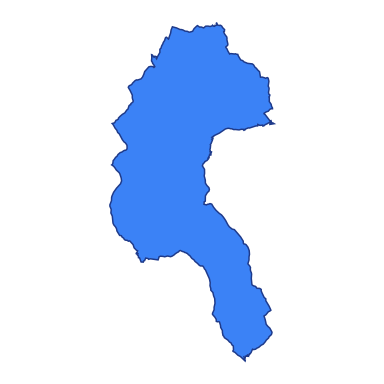 the district of Rozavlea, Maramures, Romania, rotated 270°
{"feature_id": "2599482B19056490383889", "entity_name": "Rozavlea", "entity_type": "district", "adm_level": 2, "iso_a3": "ROU", "parent_name": "Romania", "parent_adm1": "Maramures", "projection": "natural_earth1", "projection_center": [24.205, 47.737], "detail": "fine", "context": "isolated", "style": "filled", "palette": "blue", "viewbox_px": 384, "rotation_deg": 270, "n_neighbors": 0, "source": "geoboundaries", "source_scale": "gbopen_adm2", "svg_char_len": 6043}
<svg xmlns="http://www.w3.org/2000/svg" viewBox="0 0 384 384"><g transform="rotate(270 192 192)"><path d="M73.8,270.9L77.8,269.1L83.3,265.8L85.2,265.8L86.5,264.2L90.9,262.1L93.1,261.2L94.6,261.2L95.6,259.7L95.7,257.0L96.7,256.1L97.3,255.9L97.8,255.0L98.1,253.6L99.0,252.2L99.6,251.9L105.5,251.3L109.9,251.6L111.4,251.3L112.9,250.6L114.9,250.3L116.4,250.5L117.9,249.8L120.2,247.9L124.0,249.0L127.1,249.0L129.7,249.5L133.5,249.2L136.9,247.9L139.3,246.1L139.7,245.5L140.2,243.7L140.7,243.4L142.9,243.2L147.1,240.6L154.4,234.4L154.9,232.2L157.1,229.4L159.2,227.9L163.4,225.7L166.7,223.5L169.1,221.5L170.7,219.2L173.6,216.1L176.7,213.6L179.9,211.7L180.4,210.0L179.8,208.5L179.7,207.5L179.1,206.5L179.7,204.0L182.2,204.2L182.7,205.2L183.1,205.3L188.1,205.4L191.5,207.4L192.8,208.9L194.5,209.4L196.4,208.9L198.5,206.9L200.9,205.4L204.0,205.3L208.1,204.2L210.7,204.6L214.7,204.5L218.1,202.4L220.2,203.1L221.6,204.6L222.4,204.8L223.5,207.0L225.0,208.3L225.6,208.0L225.8,208.7L226.4,208.5L226.7,209.1L227.3,208.8L228.2,209.4L229.0,209.5L228.9,210.2L229.0,210.5L229.4,210.0L230.4,210.2L230.9,210.4L230.6,210.9L231.2,210.8L231.4,211.3L232.1,211.5L232.3,210.9L232.0,210.2L232.5,210.0L233.1,210.3L234.5,209.9L235.7,210.3L238.8,210.6L239.4,210.3L240.5,211.1L244.1,212.5L244.7,211.9L245.3,212.9L246.1,212.2L247.2,213.2L247.2,212.6L248.4,214.2L250.9,219.4L255.1,225.5L255.7,227.9L255.7,229.0L255.2,230.8L255.2,231.8L254.4,233.8L254.5,235.4L254.1,239.1L254.7,241.2L254.6,243.6L253.9,243.8L254.5,244.7L254.1,244.9L255.1,245.8L256.1,248.3L256.0,249.5L258.1,256.0L258.1,257.6L259.6,257.8L259.1,258.9L258.9,258.8L258.6,260.0L258.9,262.7L258.0,262.8L258.1,263.8L259.5,265.4L260.0,266.7L262.1,270.3L259.6,269.9L260.3,274.1L261.1,272.8L261.0,271.7L263.4,271.0L263.1,270.0L269.5,265.1L269.9,264.3L270.7,264.0L272.2,266.4L272.8,268.3L274.7,269.9L275.2,271.0L275.2,272.5L276.0,272.5L277.6,271.6L279.8,271.1L282.4,269.3L286.4,269.3L287.0,268.9L287.7,269.5L289.0,269.9L289.8,268.9L291.6,268.5L295.2,269.1L296.4,268.9L297.9,268.2L302.7,268.9L305.8,268.2L306.4,267.2L305.7,265.6L306.2,264.6L306.9,262.2L306.8,260.5L312.3,259.5L314.1,257.6L315.8,256.3L316.6,255.1L319.2,253.5L320.1,252.3L320.7,247.3L321.1,246.6L322.1,244.0L323.4,242.7L323.9,241.1L324.2,240.6L328.1,238.3L329.6,237.8L329.8,236.4L330.2,235.5L330.0,234.4L330.4,231.1L330.3,230.1L330.0,229.6L333.1,227.8L335.1,227.0L336.6,225.8L337.1,225.8L338.6,227.6L339.8,227.9L344.3,226.9L345.4,227.0L347.0,226.8L349.8,224.7L352.0,223.7L352.5,223.7L352.7,224.4L354.4,224.6L356.5,222.5L357.8,221.8L358.5,220.9L358.8,220.1L358.5,219.5L358.9,217.6L360.9,216.8L361.0,216.5L360.7,216.3L359.4,217.2L359.0,217.1L358.7,216.4L358.7,215.0L357.7,214.7L357.7,213.8L358.8,212.5L358.1,212.1L357.5,210.1L357.9,208.0L357.8,205.6L356.1,203.7L357.0,201.2L356.9,199.6L358.4,197.5L357.9,196.7L355.4,194.1L352.7,192.6L351.8,189.5L351.9,188.8L352.6,187.6L352.9,185.0L354.0,183.0L354.4,181.6L354.5,180.0L356.1,176.5L357.2,172.4L354.0,171.1L350.9,170.6L346.5,169.0L345.4,168.8L344.9,168.4L346.7,166.6L346.8,166.2L346.1,165.4L343.5,164.6L341.6,163.3L340.1,162.8L338.2,161.7L335.7,160.9L334.8,159.9L331.6,159.9L327.3,157.5L325.1,156.6L325.5,156.3L327.4,156.2L327.6,155.7L327.7,154.7L326.9,154.4L327.0,153.8L329.0,152.4L329.3,151.6L326.7,151.8L323.1,151.5L321.4,152.5L320.7,152.6L319.0,153.9L317.3,154.8L316.5,153.9L317.4,152.9L317.6,150.8L317.2,148.9L312.5,144.7L309.7,143.8L306.9,142.5L305.1,141.0L304.0,137.6L304.1,136.4L303.4,135.1L300.9,132.6L299.5,131.7L298.7,130.3L298.4,129.4L297.5,128.6L296.5,128.3L293.5,130.1L288.9,132.3L286.1,132.3L283.9,132.9L283.1,133.3L282.0,132.9L280.4,130.9L279.3,130.7L279.0,129.7L278.3,129.0L275.0,128.0L273.9,126.7L271.1,124.8L269.7,122.4L267.6,120.0L266.0,118.5L264.9,118.3L264.1,117.1L263.7,116.0L261.2,114.6L260.5,112.2L259.5,113.1L255.7,115.2L253.8,116.8L251.5,117.7L250.1,119.3L244.4,122.3L242.1,124.0L241.1,125.4L239.4,126.6L238.6,127.0L236.5,127.1L235.1,127.0L234.2,126.3L233.7,125.6L233.7,124.7L233.3,123.8L231.8,121.6L231.5,120.3L229.5,118.0L227.6,116.9L226.7,115.6L224.4,114.1L223.5,113.2L220.5,112.8L219.7,112.4L219.1,111.7L217.8,113.6L216.2,114.9L214.0,116.3L211.3,119.2L210.0,119.9L206.0,121.2L203.1,121.6L200.2,120.5L195.8,116.5L191.7,113.6L188.0,112.0L186.6,111.6L183.4,111.5L179.2,109.9L177.8,109.9L174.5,111.2L171.0,110.9L167.9,112.3L160.9,113.0L159.1,113.8L157.1,115.5L155.3,116.5L152.9,117.0L148.6,119.6L148.3,121.4L146.9,122.1L145.8,123.7L144.7,124.2L143.9,125.2L143.6,127.4L142.8,128.3L143.1,129.6L142.9,129.9L139.4,133.1L136.2,134.1L133.6,136.6L133.3,137.6L131.5,137.1L131.2,136.5L130.3,136.2L130.0,136.5L129.9,137.6L130.5,137.8L130.4,138.0L128.9,137.5L128.2,138.3L126.3,138.5L126.2,139.5L122.0,141.1L121.9,143.3L123.1,143.7L123.4,144.6L125.9,145.7L125.5,148.0L124.7,148.6L125.2,150.3L124.1,158.1L127.2,159.1L127.8,160.4L127.6,163.1L127.2,164.7L128.0,167.6L127.3,170.6L127.9,172.2L129.4,174.5L130.1,175.1L131.5,177.2L132.1,178.5L133.3,179.5L133.5,180.4L132.5,182.4L132.2,183.8L131.5,184.7L131.4,185.6L130.7,186.7L130.6,187.3L129.2,188.5L128.5,189.7L125.7,191.8L124.0,194.1L122.6,195.0L120.6,197.5L118.7,199.3L118.1,200.4L118.0,202.7L116.7,203.8L115.2,204.4L114.2,205.4L105.2,209.4L101.4,210.2L98.3,210.0L95.3,210.8L93.8,210.8L91.5,212.9L88.2,213.6L85.4,214.7L80.7,215.0L76.8,214.1L74.3,214.1L70.7,212.5L69.6,212.5L66.8,214.9L64.6,216.2L62.6,216.3L62.2,217.5L62.4,218.9L62.0,219.5L58.6,220.5L56.5,220.7L53.4,222.4L51.6,222.4L48.5,223.0L47.7,223.8L46.3,224.4L44.0,227.8L42.0,229.5L41.1,231.0L39.1,232.0L38.0,233.3L34.1,233.5L33.1,232.9L32.6,233.0L31.6,235.0L28.8,237.9L27.5,240.4L23.0,245.1L23.9,245.3L24.8,243.9L25.3,244.0L25.8,244.5L26.7,244.2L26.1,245.2L27.8,245.4L27.7,247.9L28.6,247.0L29.2,247.8L28.9,248.5L28.4,248.5L28.5,248.7L30.0,249.9L30.1,248.9L30.3,250.0L31.3,251.0L34.8,252.5L34.4,253.6L34.8,255.5L35.9,257.0L36.7,258.8L38.8,261.2L39.8,263.2L42.4,265.4L43.8,266.2L46.0,268.6L47.3,269.1L49.4,271.4L51.3,272.0L52.0,271.9L55.9,269.8L57.6,267.9L59.7,266.2L64.4,265.2L68.0,264.0L69.2,265.9L72.2,268.3L73.1,270.1L73.8,270.9Z" fill="#3b82f6" stroke="#1e3a8a" stroke-width="1.5"/></g></svg>